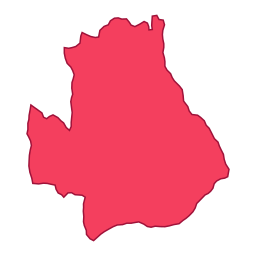 Guzolândia, São Paulo, Brazil (Mercator projection)
{"feature_id": "56859067B96144512479549", "entity_name": "Guzolândia", "entity_type": "district", "adm_level": 2, "iso_a3": "BRA", "parent_name": "Brazil", "parent_adm1": "São Paulo", "projection": "mercator", "projection_center": [-50.72, -20.622], "detail": "fine", "context": "isolated", "style": "filled", "palette": "rose", "viewbox_px": 256, "rotation_deg": 0, "n_neighbors": 0, "source": "geoboundaries", "source_scale": "gbopen_adm2", "svg_char_len": 2076}
<svg xmlns="http://www.w3.org/2000/svg" viewBox="0 0 256 256"><path d="M163.2,20.1L159.0,19.5L156.8,15.4L152.3,16.1L151.9,22.0L151.7,25.6L152.3,29.5L149.0,29.9L148.7,26.5L147.4,23.1L144.1,21.5L139.5,24.3L134.9,26.6L131.1,25.1L129.0,21.9L126.5,18.9L121.8,19.1L118.2,17.9L114.4,18.2L110.4,20.8L108.3,24.8L104.1,26.4L99.9,30.4L98.6,37.0L95.3,37.5L90.7,36.5L86.4,34.6L82.1,32.5L80.8,36.1L80.0,43.1L75.8,46.5L72.0,47.6L68.7,48.3L64.3,47.6L64.3,53.2L65.3,58.2L67.2,63.4L70.8,67.0L72.7,70.6L74.2,74.8L73.2,78.9L72.0,82.5L71.8,88.2L72.7,94.3L71.6,97.5L70.8,101.6L71.5,107.2L72.2,112.6L71.6,118.3L71.2,122.3L71.2,126.5L69.5,130.4L66.2,127.5L63.6,122.9L60.9,120.8L57.9,117.6L53.0,114.9L49.4,116.5L46.7,118.7L43.6,117.3L41.9,112.9L30.9,105.0L30.1,110.0L29.1,115.3L28.9,119.4L27.9,123.2L27.9,129.5L27.0,133.8L28.7,136.9L30.6,141.0L31.4,145.5L30.3,149.9L29.4,155.2L29.1,160.8L28.9,166.0L29.9,172.3L31.8,178.2L32.8,183.4L38.7,183.9L43.4,183.2L47.3,183.4L50.8,184.2L55.1,185.1L56.1,189.3L58.2,193.0L61.6,194.7L63.8,197.2L68.0,192.9L71.6,192.7L75.0,194.7L82.1,195.2L85.2,197.2L83.5,203.9L83.6,207.3L83.3,211.2L83.8,216.6L83.5,221.8L84.3,225.5L86.3,230.4L86.5,234.5L90.1,238.8L93.6,240.6L97.5,237.1L100.7,234.2L104.4,231.6L108.4,229.3L113.1,226.7L117.2,225.0L122.6,224.6L126.8,223.2L131.1,223.2L135.6,222.4L138.8,221.9L143.8,224.1L147.3,226.5L151.1,227.2L155.2,226.2L160.1,226.6L164.9,226.7L169.1,225.9L173.8,224.6L179.1,223.7L183.1,220.3L185.8,218.5L189.0,215.8L192.9,211.8L195.2,208.0L196.7,203.5L202.0,198.1L205.1,194.9L208.2,193.4L210.6,191.3L212.9,188.3L214.2,183.7L216.6,181.0L220.7,178.8L224.8,178.1L227.7,176.7L229.0,169.3L225.7,164.1L224.2,159.4L223.4,154.3L221.2,150.0L219.3,146.0L218.0,142.1L214.4,138.7L211.4,132.7L209.1,128.2L206.2,125.3L204.3,120.8L200.6,117.4L197.6,115.2L191.9,114.5L189.2,111.0L187.8,106.6L183.6,101.1L183.1,95.3L182.2,89.6L179.5,86.1L174.3,80.9L172.2,77.6L170.6,73.7L167.0,70.1L164.9,66.3L164.9,61.6L164.4,57.9L162.9,52.5L163.8,47.4L163.8,43.8L162.8,39.0L162.4,34.6L162.8,30.4L164.5,24.8L163.2,20.1Z" fill="#f43f5e" stroke="#9f1239" stroke-width="1.5"/></svg>